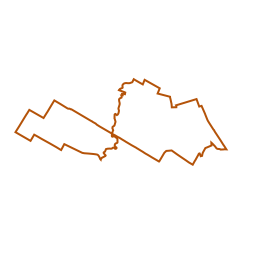 outline of Galbinasi, Calarasi, Romania, rotated 209°
{"feature_id": "2599482B621131645392", "entity_name": "Galbinasi", "entity_type": "district", "adm_level": 2, "iso_a3": "ROU", "parent_name": "Romania", "parent_adm1": "Calarasi", "projection": "equal_earth", "projection_center": [26.45, 44.33], "detail": "fine", "context": "isolated", "style": "outline", "palette": "amber", "viewbox_px": 256, "rotation_deg": 209, "n_neighbors": 0, "source": "geoboundaries", "source_scale": "gbopen_adm2", "svg_char_len": 3939}
<svg xmlns="http://www.w3.org/2000/svg" viewBox="0 0 256 256"><g transform="rotate(209 128 128)"><path d="M146.6,173.5L146.6,172.5L146.5,171.4L146.4,170.8L146.6,169.9L147.1,169.4L148.2,168.1L148.4,168.0L149.1,167.5L149.9,167.1L150.8,166.7L151.3,166.5L152.3,165.8L153.1,164.9L153.4,164.2L153.5,163.6L153.6,163.0L153.3,162.1L152.4,161.0L152.3,160.4L153.9,158.4L154.3,156.9L154.3,156.7L148.7,157.6L147.6,157.7L147.1,156.1L148.2,155.8L149.7,155.0L149.0,154.1L148.7,153.9L149.6,153.3L149.1,153.0L148.9,152.6L148.6,152.0L148.5,151.8L148.4,151.5L148.8,150.9L149.5,149.9L149.7,149.3L149.6,148.5L148.8,147.3L147.6,146.0L147.2,145.5L146.7,144.4L146.2,142.0L145.9,140.6L145.5,140.0L144.7,139.2L144.2,138.6L144.0,137.9L143.6,136.7L143.5,135.9L143.5,134.9L144.0,133.9L145.8,134.2L146.0,134.0L146.1,133.8L146.2,133.3L145.6,132.0L145.3,131.4L144.9,130.9L144.7,130.1L143.8,129.3L142.2,127.7L141.9,127.3L141.8,126.8L141.4,125.1L141.3,124.5L141.1,123.9L141.1,123.4L141.7,122.2L142.0,121.5L141.6,120.3L141.5,120.2L140.6,119.5L139.8,118.7L139.8,117.7L139.6,117.0L139.4,116.3L139.3,115.3L153.8,115.6L157.0,115.8L158.4,116.2L162.2,116.2L162.9,116.4L163.1,116.4L163.5,116.3L164.5,116.3L186.6,116.9L187.1,116.6L187.7,116.6L188.3,116.6L188.7,116.5L189.4,116.0L189.8,115.9L190.2,115.8L198.8,116.2L205.8,116.4L206.0,111.7L206.3,102.6L206.4,101.6L206.5,99.6L206.7,95.8L215.1,95.9L223.1,96.0L223.2,93.8L223.3,91.5L223.4,90.7L223.6,86.3L224.0,76.6L224.4,69.8L207.0,69.5L206.8,76.7L202.9,76.7L198.3,76.6L189.2,76.6L181.4,76.5L176.9,76.3L175.8,76.3L175.9,83.0L155.9,84.1L153.8,84.8L153.4,85.0L150.4,86.4L145.6,88.5L143.3,89.4L142.0,89.8L141.3,89.8L140.9,89.7L140.4,89.5L139.9,89.3L138.5,88.4L137.4,87.5L137.1,87.3L136.5,87.1L136.6,87.4L136.5,88.2L136.4,89.3L135.7,90.3L134.9,91.5L134.3,92.4L134.2,92.9L134.3,93.2L135.5,93.6L136.4,94.0L136.9,94.1L137.4,94.8L137.3,95.2L136.8,95.9L136.7,96.3L137.0,98.9L136.8,99.1L135.8,100.0L134.7,100.7L133.8,101.2L133.0,101.6L132.5,101.9L132.1,102.3L131.9,102.9L131.5,103.6L131.3,103.8L130.8,103.9L130.3,103.9L129.4,103.6L128.9,103.7L128.6,104.0L128.4,104.2L128.3,104.7L128.3,104.9L128.4,105.1L128.7,105.3L129.3,105.4L130.1,105.6L130.7,105.9L131.1,106.2L131.3,106.7L131.5,107.3L131.5,108.0L131.3,108.5L130.9,108.9L130.2,109.9L130.2,110.2L130.4,110.7L131.3,112.2L131.7,112.9L132.2,113.4L132.7,113.7L133.1,113.8L133.7,113.8L134.4,113.9L135.0,114.0L135.9,114.2L136.4,114.2L136.7,114.1L136.8,114.0L136.8,113.7L136.9,113.3L137.1,113.0L137.3,112.9L137.7,112.8L137.8,112.8L138.0,112.9L138.5,113.6L138.7,114.0L139.0,114.8L138.9,115.1L138.2,115.2L135.8,115.3L132.2,115.2L130.8,115.3L127.6,115.1L124.3,115.0L123.4,114.9L122.6,114.9L116.5,114.7L111.2,114.7L110.5,114.6L110.4,114.6L109.6,114.6L109.4,114.6L105.6,114.4L104.7,114.4L102.8,114.3L101.9,114.2L100.1,114.1L98.1,114.1L95.0,114.0L92.9,113.9L88.0,113.8L84.6,113.7L84.5,113.8L84.4,116.9L84.2,123.9L83.4,126.5L81.0,128.1L79.1,129.4L78.9,129.5L71.9,128.7L68.6,128.4L61.8,127.8L58.1,127.4L53.9,127.3L53.6,127.3L53.6,129.0L53.6,130.3L53.6,131.4L53.5,132.3L53.5,133.2L53.5,133.9L53.5,136.6L53.5,138.3L53.5,138.8L53.5,139.2L53.6,139.7L53.4,140.1L53.2,140.4L53.0,140.5L52.6,140.2L50.7,138.6L49.7,139.6L50.1,140.6L50.6,142.7L50.6,144.8L50.6,148.0L50.0,148.7L48.1,151.1L46.5,153.2L48.0,155.6L47.1,155.4L45.7,155.0L43.5,154.3L42.9,154.1L42.4,153.9L41.9,153.6L41.1,153.3L40.8,153.2L40.5,153.1L40.4,153.1L40.2,153.1L39.8,153.1L39.7,153.1L38.3,153.7L37.6,154.0L37.4,154.1L36.8,154.0L36.6,154.0L34.3,155.4L33.8,155.8L32.2,156.7L31.6,157.0L33.1,157.8L35.3,159.0L36.6,159.6L41.3,162.2L48.8,166.1L50.9,167.2L51.4,167.7L51.8,167.9L52.4,168.0L59.3,171.7L61.6,173.0L62.6,173.7L66.9,177.2L67.3,177.6L74.4,183.0L76.1,181.3L82.1,186.5L90.7,177.6L96.9,171.2L96.7,171.1L96.2,170.4L95.8,169.6L99.7,167.3L100.6,168.7L101.7,170.3L102.7,171.4L104.6,173.6L106.1,175.2L106.4,175.7L118.8,172.5L119.5,178.1L136.8,178.2L136.2,173.3L138.9,173.3L145.2,173.4L146.6,173.5Z" fill="none" stroke="#b45309" stroke-width="2"/></g></svg>